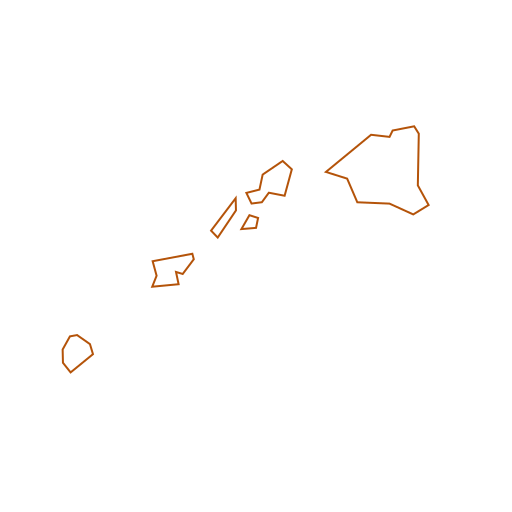 outline of Hawaii, rotated 296°
{"feature_id": "USA-3517", "entity_name": "Hawaii", "entity_type": "State", "adm_level": 1, "iso_a3": "USA", "parent_name": "United States of America", "parent_adm1": "", "projection": "mercator", "projection_center": [-158.302, 23.654], "detail": "coarse", "context": "isolated", "style": "outline", "palette": "amber", "viewbox_px": 512, "rotation_deg": 296, "n_neighbors": 0, "source": "natural_earth", "source_scale": "10m", "svg_char_len": 767}
<svg xmlns="http://www.w3.org/2000/svg" viewBox="0 0 512 512"><g transform="rotate(296 256 256)"><path d="M428.7,323.8L441.9,341.3L437.3,348.7L390.4,370.5L377.5,388.8L362.3,379.1L361.6,353.0L348.7,323.5L365.5,304.0L362.2,282.0L415.4,306.3L421.6,323.8L428.7,323.8ZM353.1,238.3L349.6,250.2L322.7,255.3L318.5,239.8L306.9,237.7L301.2,229.0L308.5,219.7L317.2,230.0L332.1,226.3L353.1,238.3ZM206.0,165.4L230.1,197.8L225.8,201.5L207.7,198.0L206.6,191.1L196.7,198.8L182.9,176.2L194.7,175.3L206.0,165.4ZM106.5,129.8L104.0,145.4L96.3,152.5L70.1,140.4L75.4,129.3L87.2,123.2L102.2,124.0L106.5,129.8ZM259.1,204.5L299.0,212.4L288.2,218.0L255.8,213.5L259.1,204.5ZM289.8,232.2L291.1,241.2L281.3,243.7L273.8,231.1L289.8,232.2Z" fill="none" stroke="#b45309" stroke-width="2"/></g></svg>